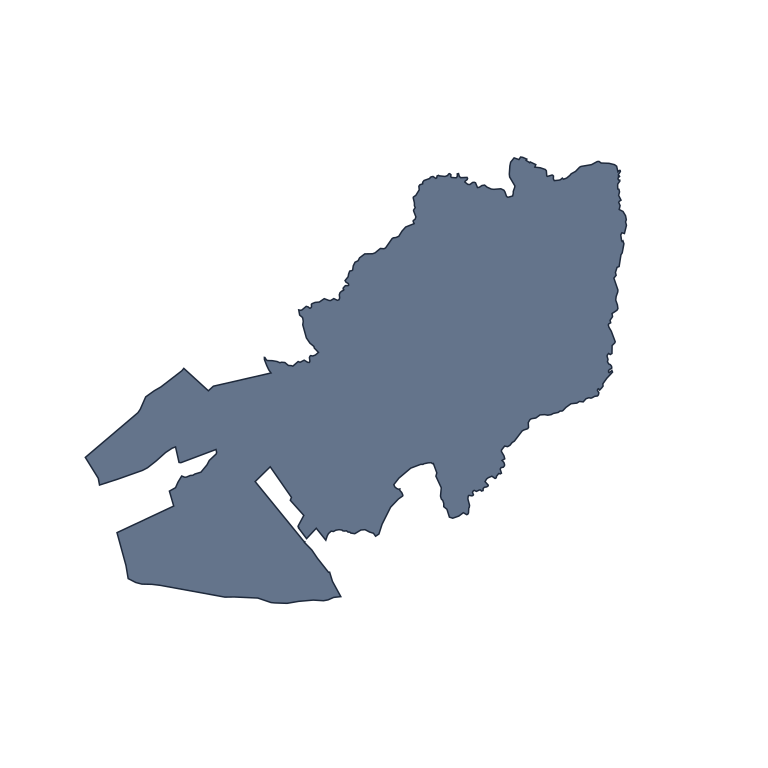 outline of Panotla, Tlaxcala, Mexico, rotated 45°
{"feature_id": "50627088B24091411399710", "entity_name": "Panotla", "entity_type": "district", "adm_level": 2, "iso_a3": "MEX", "parent_name": "Mexico", "parent_adm1": "Tlaxcala", "projection": "robinson", "projection_center": [-98.282, 19.352], "detail": "fine", "context": "isolated", "style": "filled", "palette": "slate", "viewbox_px": 768, "rotation_deg": 45, "n_neighbors": 0, "source": "geoboundaries", "source_scale": "gbopen_adm2", "svg_char_len": 6131}
<svg xmlns="http://www.w3.org/2000/svg" viewBox="0 0 768 768"><g transform="rotate(45 384 384)"><path d="M275.2,202.0L271.9,202.6L270.9,204.2L270.6,205.2L271.0,206.3L268.4,211.8L268.7,214.0L269.8,215.1L268.5,217.7L268.8,219.5L271.6,221.8L273.1,228.0L272.6,231.0L273.0,231.7L277.4,234.4L279.5,236.5L281.3,237.1L281.9,240.0L282.4,240.6L288.4,243.3L289.5,245.5L289.1,247.7L289.6,248.4L291.9,249.3L288.3,257.7L288.6,263.1L290.0,269.1L288.9,271.9L287.2,274.1L286.9,275.5L288.9,286.7L288.3,288.4L285.6,290.7L284.9,297.7L283.8,300.0L278.4,305.6L277.5,312.0L278.5,315.2L277.4,318.4L278.7,322.2L281.2,325.5L281.1,326.5L279.9,328.4L281.2,331.3L282.8,333.5L283.3,338.4L285.1,338.9L287.8,338.2L289.1,339.0L289.1,339.8L287.2,341.7L287.1,342.5L287.3,345.0L287.9,345.7L289.0,345.8L289.1,346.4L288.4,348.4L288.3,350.5L289.3,352.5L291.8,354.5L292.6,356.2L291.9,357.8L288.1,359.1L287.3,362.6L286.1,363.8L281.4,365.9L280.3,371.8L277.6,375.0L276.3,378.1L276.3,379.0L278.2,380.7L278.4,382.3L277.8,383.0L275.9,383.1L274.1,384.1L273.6,389.6L273.1,390.7L271.3,391.9L275.6,394.9L279.3,394.6L280.5,395.3L282.6,396.8L284.7,399.6L296.5,406.3L302.8,407.5L307.8,407.0L309.4,407.9L315.3,408.0L315.0,412.0L313.8,414.6L312.1,415.7L312.0,416.7L312.6,418.1L315.4,420.2L316.0,421.5L314.8,422.6L310.7,423.6L309.3,428.0L307.4,428.8L306.9,435.9L305.5,436.5L303.3,438.5L298.7,438.9L296.2,441.0L295.3,442.6L292.5,443.7L288.5,446.5L284.9,449.9L283.7,450.1L281.0,449.5L280.6,449.8L282.2,451.3L288.1,453.9L292.6,455.5L296.3,456.1L264.9,506.2L264.6,513.0L231.4,514.5L231.7,517.6L228.3,543.9L226.3,551.3L224.6,561.6L229.5,574.2L230.3,578.3L224.7,647.1L248.6,652.7L254.3,656.6L263.1,639.4L274.3,615.9L276.0,610.5L277.3,599.6L278.0,586.9L279.6,579.1L281.1,575.9L294.5,584.4L296.0,583.3L311.5,549.1L314.0,550.7L314.8,552.0L314.5,561.6L316.0,566.3L316.9,575.8L313.9,581.4L313.4,583.7L311.7,585.6L310.1,589.6L309.1,590.8L306.0,592.1L307.7,599.0L309.9,604.7L308.0,611.5L321.6,619.0L300.3,677.9L329.9,694.8L340.7,702.5L348.8,699.9L354.3,696.7L361.5,689.8L367.6,685.0L422.2,647.2L428.7,640.5L446.1,624.6L458.7,618.4L461.6,616.0L470.6,607.6L477.3,598.1L486.8,586.8L494.5,580.0L497.1,576.2L499.3,570.5L503.8,564.9L487.1,560.0L478.6,555.5L477.9,556.4L460.2,554.3L450.3,552.4L439.7,552.3L439.7,551.6L438.2,551.9L361.9,544.1L362.1,523.0L398.7,529.6L400.0,532.5L420.2,533.6L423.8,545.4L425.2,545.7L425.2,546.2L438.6,548.1L438.1,533.9L453.3,535.6L451.2,531.4L450.5,529.0L450.7,525.4L452.6,524.0L453.3,521.5L455.2,518.8L457.5,517.0L458.6,517.0L459.9,516.1L461.3,514.3L463.2,514.2L464.6,512.9L465.9,512.9L469.2,510.5L470.9,503.6L473.6,500.4L478.5,498.9L482.1,497.0L485.7,497.6L486.5,493.7L481.8,484.5L475.8,466.5L475.5,455.0L476.4,450.0L476.0,449.3L473.3,448.2L470.3,448.0L469.4,447.0L468.8,448.1L466.9,448.9L464.3,449.1L462.1,448.2L461.1,440.0L462.4,424.6L466.8,414.8L468.4,413.3L468.6,412.2L471.0,408.5L473.1,406.2L474.6,406.1L475.1,405.3L484.2,409.5L485.9,412.5L497.9,416.9L503.2,423.3L505.8,424.8L507.9,424.8L510.7,426.2L513.0,428.5L517.1,428.1L524.4,431.9L527.5,430.3L530.3,424.5L531.1,418.9L534.9,417.9L535.3,416.9L534.9,415.4L531.7,411.8L531.5,410.9L530.3,409.3L524.5,405.9L522.8,403.7L522.8,402.7L525.3,400.9L525.7,399.9L525.6,399.1L523.1,398.0L522.7,396.3L523.0,395.4L525.3,394.6L526.4,391.5L527.2,390.7L528.6,390.8L529.4,389.3L528.0,387.7L528.0,386.1L529.4,384.1L529.7,382.4L529.2,381.8L524.5,381.6L523.7,378.6L524.0,376.5L525.5,372.9L529.2,372.3L529.6,371.8L529.6,370.8L528.8,369.7L528.4,366.2L529.8,365.3L530.1,364.0L526.3,362.0L525.9,360.3L527.2,358.5L527.0,356.6L526.2,355.7L524.3,354.7L521.5,354.6L522.3,351.5L519.5,349.9L514.8,348.7L513.8,347.6L513.2,342.6L515.7,340.9L516.4,338.3L516.0,334.8L516.6,332.2L514.9,319.7L515.3,317.9L517.2,314.0L516.9,312.5L513.3,309.3L512.4,306.0L512.8,304.3L515.4,300.7L516.2,295.5L519.3,292.0L521.8,290.3L523.9,287.4L524.5,285.2L527.3,280.9L527.6,278.7L529.0,277.3L529.3,276.2L529.2,271.8L530.2,265.7L533.9,261.1L534.5,258.2L537.5,255.8L537.3,251.5L538.6,248.8L540.3,247.7L540.8,246.8L541.7,243.8L543.4,241.5L543.3,240.1L542.2,238.3L539.4,237.6L538.8,236.6L539.1,235.6L540.8,235.8L540.7,232.8L540.4,230.6L538.6,229.1L537.5,222.4L537.2,214.0L535.6,213.3L535.2,216.8L534.4,216.8L533.4,215.9L533.2,214.4L533.9,211.9L533.2,211.1L532.2,210.5L530.3,210.3L528.7,210.9L526.3,210.3L525.0,208.2L522.2,206.7L521.5,205.9L521.2,203.6L523.2,203.1L523.6,201.2L518.1,195.5L518.1,191.7L517.6,190.6L507.5,186.0L502.9,184.8L500.8,183.6L500.4,182.7L501.0,180.4L498.8,179.1L498.0,174.8L495.4,172.9L496.6,167.2L496.1,165.3L493.1,163.0L488.5,160.8L486.3,158.0L484.2,153.6L482.9,152.1L471.7,146.6L471.3,143.0L468.8,141.5L466.3,136.7L467.2,134.7L460.2,125.1L459.7,122.8L454.5,115.2L451.7,113.8L451.6,114.8L450.5,114.5L446.0,111.2L445.3,108.8L447.6,107.6L443.2,100.3L440.2,98.6L439.2,96.5L435.8,94.2L431.0,93.0L426.9,94.3L424.8,90.9L421.5,89.6L421.2,88.3L421.6,86.4L416.5,84.7L414.7,81.6L412.4,80.2L411.4,80.8L408.5,78.1L407.8,77.0L407.3,73.7L406.5,73.1L405.7,73.9L404.4,73.5L403.8,72.5L403.8,70.6L403.1,70.5L402.9,71.3L401.6,70.0L400.9,66.6L400.2,66.1L399.7,66.1L399.3,67.0L399.3,68.5L394.5,65.5L391.9,65.9L387.1,68.8L381.3,74.2L378.6,74.6L377.5,75.9L375.6,82.2L369.5,90.8L369.0,92.3L369.1,98.3L367.7,103.0L367.9,105.1L367.5,109.3L366.1,112.3L364.5,112.3L364.3,114.8L363.7,116.0L360.6,119.8L358.7,119.2L356.8,117.1L355.5,117.1L355.0,117.5L352.8,121.6L352.0,121.8L348.0,118.4L346.3,118.3L341.6,120.6L337.3,124.0L336.2,121.5L330.4,123.6L330.6,124.5L326.3,125.4L326.0,124.0L321.9,125.6L320.1,126.9L320.7,129.9L316.1,132.1L316.7,137.6L318.8,140.8L324.2,147.0L326.5,148.8L336.5,151.4L337.4,152.6L339.2,156.4L340.6,157.8L342.0,160.1L339.6,164.4L338.0,164.7L333.6,162.6L331.7,162.2L328.6,163.3L324.1,168.6L322.2,170.2L317.8,171.9L314.5,172.2L312.9,174.4L312.3,177.5L311.2,179.0L306.4,177.0L305.1,177.6L304.1,178.9L303.7,182.2L302.1,183.6L298.3,184.0L298.0,183.2L298.3,180.6L297.7,179.5L296.6,179.2L292.3,183.9L290.4,183.9L287.9,182.5L287.2,183.6L289.1,185.4L289.2,187.2L285.6,190.3L284.5,190.1L283.4,188.7L281.7,188.8L281.2,189.7L281.5,191.7L280.4,194.1L275.8,197.8L275.0,197.9L274.4,199.3L275.5,201.0L275.2,202.0Z" fill="#64748b" stroke="#1e293b" stroke-width="1.5"/></g></svg>